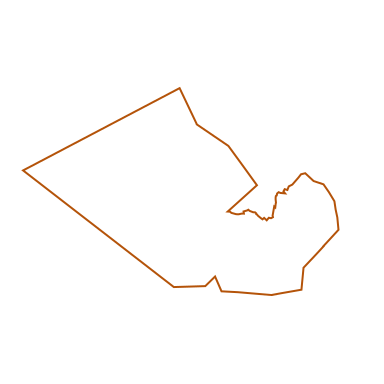 SVG path tracing the border of Tagant, rotated 218°
{"feature_id": "MRT-2798", "entity_name": "Tagant", "entity_type": "Region", "adm_level": 1, "iso_a3": "MRT", "parent_name": "Mauritania", "parent_adm1": "", "projection": "mercator", "projection_center": [-11.398, 18.406], "detail": "fine", "context": "isolated", "style": "outline", "palette": "amber", "viewbox_px": 384, "rotation_deg": 218, "n_neighbors": 0, "source": "natural_earth", "source_scale": "10m", "svg_char_len": 1112}
<svg xmlns="http://www.w3.org/2000/svg" viewBox="0 0 384 384"><g transform="rotate(218 192 192)"><path d="M121.8,139.6L122.1,137.2L123.6,126.0L124.8,125.0L147.8,105.9L149.1,105.9L338.4,105.0L265.9,265.8L265.7,266.2L230.4,248.6L229.9,248.2L191.7,250.7L165.0,243.1L145.0,237.3L151.8,198.6L149.9,199.9L148.1,199.8L143.5,201.7L141.5,203.2L139.5,205.6L137.8,206.9L139.4,208.4L137.2,211.4L136.7,212.7L135.0,212.6L131.3,213.7L129.8,214.8L128.3,214.7L127.7,214.1L127.1,214.3L125.3,213.9L121.4,213.8L119.6,213.9L119.2,216.0L115.7,215.7L115.6,219.0L113.6,220.0L112.7,222.0L114.1,223.2L114.4,223.9L115.9,226.7L118.3,231.2L116.9,231.1L118.9,234.4L119.2,235.2L121.6,237.7L122.8,239.3L123.4,240.4L123.4,240.9L123.1,241.4L124.0,243.2L123.6,245.2L121.7,245.7L119.7,247.0L117.8,248.2L120.3,248.8L120.7,251.3L118.1,252.3L119.2,256.0L117.5,259.6L117.0,268.8L117.0,273.1L114.3,276.5L102.9,275.5L93.1,279.0L84.1,276.2L74.1,272.4L68.0,266.6L61.8,261.4L53.3,252.4L55.1,230.2L54.9,230.2L55.8,219.2L57.5,201.0L45.6,182.4L58.8,167.8L66.0,159.7L94.3,141.2L107.6,131.9L121.8,139.6Z" fill="none" stroke="#b45309" stroke-width="2"/></g></svg>